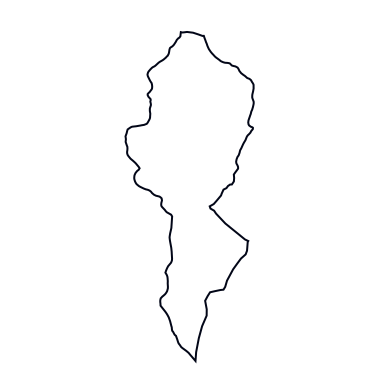 Drametse, Tashigang, Bhutan (orthographic projection), rotated 220°
{"feature_id": "84629894B36309524105984", "entity_name": "Drametse", "entity_type": "district", "adm_level": 2, "iso_a3": "BTN", "parent_name": "Bhutan", "parent_adm1": "Tashigang", "projection": "orthographic", "projection_center": [91.464, 27.347], "detail": "fine", "context": "isolated", "style": "outline", "palette": "ink", "viewbox_px": 384, "rotation_deg": 220, "n_neighbors": 0, "source": "geoboundaries", "source_scale": "gbopen_adm2", "svg_char_len": 4259}
<svg xmlns="http://www.w3.org/2000/svg" viewBox="0 0 384 384"><g transform="rotate(220 192 192)"><path d="M117.4,190.6L120.9,189.7L146.2,189.3L159.7,190.9L163.1,191.9L165.9,191.4L167.2,191.2L169.2,192.4L167.6,196.7L167.5,201.0L167.5,205.5L167.5,208.0L168.2,209.8L169.4,214.1L168.1,217.1L168.3,219.7L167.6,222.2L166.3,223.4L166.7,227.0L168.7,229.8L171.2,232.3L171.4,234.4L171.7,239.5L172.8,240.8L174.2,241.6L176.3,242.4L177.6,243.5L178.3,244.7L178.9,245.8L179.7,248.2L179.8,250.0L180.8,252.7L181.5,254.0L182.0,255.2L182.3,257.0L183.2,260.2L183.5,261.3L183.8,262.6L184.1,264.3L184.3,265.8L184.9,267.7L185.3,268.8L185.6,270.0L185.7,271.4L185.5,272.7L185.4,275.1L185.8,276.5L185.8,278.5L185.9,279.5L186.7,280.4L188.0,280.2L188.9,279.8L191.0,279.7L192.1,280.1L193.6,281.4L194.7,283.1L195.5,285.1L196.1,286.7L196.6,287.9L197.1,289.4L197.7,290.6L198.3,291.8L198.8,293.7L199.3,294.8L199.8,296.0L200.4,297.2L201.3,298.9L201.9,299.8L202.8,300.8L204.3,301.7L205.6,302.4L206.7,303.2L207.9,304.7L208.5,305.6L208.9,306.4L209.4,307.4L209.9,308.4L210.7,309.8L211.4,311.0L212.3,312.0L213.2,313.1L214.0,313.9L215.5,314.5L216.6,314.8L217.7,315.2L218.6,315.6L220.7,315.6L222.1,315.1L223.2,314.8L225.1,314.9L226.4,314.9L228.0,314.7L229.2,314.7L230.6,314.6L232.0,314.9L233.2,315.1L234.1,315.5L235.6,316.2L237.0,316.6L238.7,316.3L239.7,316.0L240.6,315.5L241.6,315.0L242.9,314.5L244.5,314.7L245.7,314.8L246.6,314.4L247.8,313.7L249.7,312.3L251.4,311.5L253.4,310.9L254.6,310.7L255.6,310.8L256.6,310.7L258.5,310.6L259.5,310.5L261.4,310.5L262.9,310.7L264.3,310.9L265.5,311.0L267.7,311.4L269.8,312.0L270.9,312.3L272.4,313.0L274.4,314.0L275.3,314.6L276.5,315.3L277.4,315.7L278.2,316.2L279.9,317.2L281.2,317.9L283.3,319.2L284.3,318.3L288.4,316.8L293.6,314.7L298.7,311.4L300.8,309.1L301.9,308.0L303.3,307.3L301.0,303.8L300.9,302.1L301.3,300.9L301.4,298.7L300.9,296.5L300.5,293.1L300.6,291.5L300.8,290.4L301.2,289.3L301.4,288.2L300.9,286.8L299.1,283.8L298.6,282.6L298.2,280.7L298.4,279.6L298.4,278.2L298.9,275.2L299.3,273.8L300.4,270.8L300.7,269.5L301.2,265.5L301.5,264.2L302.2,262.6L302.5,261.5L302.7,259.1L302.7,256.4L302.5,255.3L301.7,253.5L300.8,252.7L300.0,252.2L295.7,250.3L294.5,249.9L293.0,249.5L291.5,248.4L290.2,247.1L289.2,245.7L288.9,244.8L288.7,241.3L288.9,240.0L288.9,238.5L288.2,237.7L286.7,237.0L283.4,236.5L282.7,235.8L282.0,234.4L280.6,233.4L279.7,232.6L279.1,231.7L278.7,230.6L277.9,228.8L276.4,227.0L274.3,225.2L271.8,221.8L271.3,220.5L270.9,218.6L270.5,216.5L270.5,215.1L271.8,212.7L273.6,210.6L274.3,209.7L277.1,206.4L279.5,203.9L280.1,203.1L280.6,201.9L281.3,199.4L281.5,198.5L280.7,196.7L279.8,194.9L278.7,191.9L277.8,191.1L276.6,190.0L275.0,187.7L271.6,185.6L270.6,185.1L269.3,183.7L268.5,182.6L267.5,181.0L266.6,180.0L265.3,179.1L263.7,178.6L260.5,178.0L257.2,178.0L254.7,177.9L253.5,177.8L249.0,177.0L247.4,176.5L247.1,174.8L247.5,173.0L247.5,170.5L247.1,168.8L246.7,167.7L246.2,166.9L245.2,165.5L244.2,164.6L242.5,163.5L240.9,162.8L239.5,162.4L236.5,162.4L234.9,162.7L231.3,163.6L229.2,164.3L227.2,165.3L225.5,165.8L223.7,165.9L221.9,165.5L219.3,165.5L217.2,166.0L215.6,166.8L213.9,167.6L212.4,167.7L211.2,167.6L209.6,166.3L208.4,163.8L207.3,162.3L206.4,161.6L205.4,161.3L201.2,160.8L199.6,160.4L198.2,160.3L193.4,161.2L191.5,160.5L190.7,159.4L184.7,151.2L183.7,149.3L182.1,146.2L180.6,143.7L179.9,142.7L178.0,140.9L176.6,139.7L172.0,135.9L169.1,133.1L167.8,131.7L164.4,128.1L163.4,126.7L162.9,125.4L162.6,124.3L162.6,122.9L162.6,119.8L162.1,117.6L161.4,115.3L161.0,114.3L160.5,113.1L158.4,112.4L157.4,111.9L156.4,111.3L155.3,110.3L153.2,108.1L151.8,106.3L149.5,103.9L148.5,102.6L147.3,100.0L147.0,98.3L146.9,96.5L147.2,94.3L147.5,92.8L147.6,90.4L146.8,88.8L145.7,87.4L144.7,86.5L143.0,84.7L140.6,84.2L136.2,83.3L134.5,82.9L132.2,82.2L129.2,81.0L125.8,79.0L122.7,76.8L121.6,76.0L120.6,75.4L119.0,73.8L118.0,73.0L116.5,72.7L114.6,71.9L113.5,71.5L111.8,71.5L108.4,69.5L106.4,68.2L104.9,67.4L103.0,67.0L100.6,66.3L98.9,66.3L97.4,66.4L94.3,66.6L91.2,66.6L88.5,66.1L80.7,64.8L85.9,72.0L92.8,84.4L98.0,95.7L101.3,106.7L105.3,111.6L112.0,117.1L113.1,122.3L113.7,126.8L110.9,130.5L107.3,135.1L105.1,137.4L105.6,140.7L108.2,146.6L110.8,159.2L111.3,165.9L111.7,172.5L110.8,178.7L112.1,182.4L117.1,189.4L117.4,190.6Z" fill="none" stroke="#020617" stroke-width="2"/></g></svg>